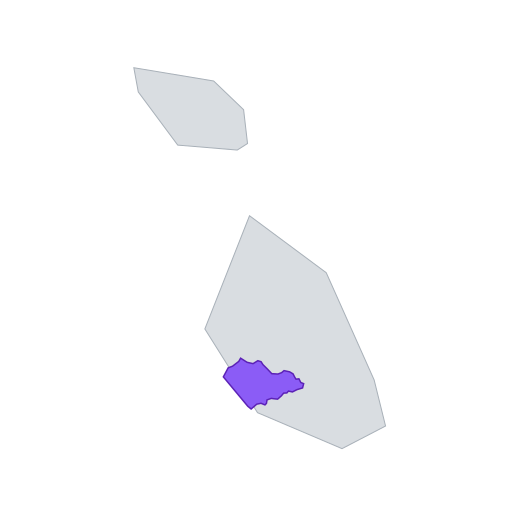 location of Siġġiewi within Malta, rotated 22°
{"feature_id": "MLT-5948", "entity_name": "Siġġiewi", "entity_type": "state/province", "adm_level": 1, "iso_a3": "MLT", "parent_name": "Malta", "parent_adm1": "", "projection": "robinson", "projection_center": [14.438, 35.844], "detail": "fine", "context": "in_parent", "style": "filled", "palette": "violet", "viewbox_px": 512, "rotation_deg": 22, "n_neighbors": 0, "source": "natural_earth", "source_scale": "10m", "svg_char_len": 903}
<svg xmlns="http://www.w3.org/2000/svg" viewBox="0 0 512 512"><g transform="rotate(22 256 256)"><path d="M439.8,365.1L407.9,402.4L316.1,400.7L235.9,342.8L234.9,221.1L327.4,245.2L412.0,326.7L439.8,365.1ZM198.9,164.8L141.9,182.5L85.4,148.0L72.2,127.2L151.2,109.6L189.7,125.0L206.0,154.9L198.9,164.8Z" fill="#d9dde1" stroke="#a8b0b8" stroke-width="1"/><path d="M308.8,399.7L304.7,398.4L271.0,380.3L272.1,370.1L275.5,367.0L279.5,360.2L280.0,356.5L287.6,357.9L293.6,356.9L296.9,352.4L300.3,352.1L303.1,354.1L308.8,356.5L314.7,359.2L320.6,357.2L323.5,354.5L324.9,351.8L330.5,350.8L334.5,351.4L337.6,354.1L339.3,355.2L341.8,353.8L344.9,356.5L348.0,356.5L348.6,360.9L344.0,364.6L340.7,368.4L336.7,369.1L335.9,371.4L333.0,372.8L331.9,376.2L329.7,380.6L326.3,381.6L323.5,382.3L320.1,385.3L320.9,388.7L320.1,390.7L315.8,390.7L312.2,393.1L308.8,399.7Z" fill="#8b5cf6" stroke="#5b21b6" stroke-width="1.5"/></g></svg>